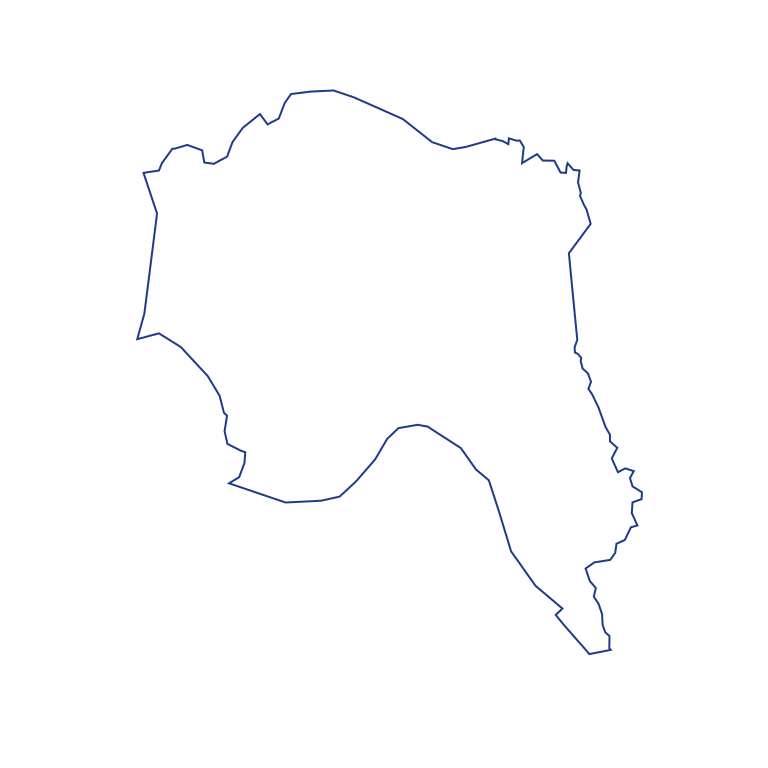 outline of Twan River, Nimba, Liberia, rotated 350°
{"feature_id": "62588387B61657259363442", "entity_name": "Twan River", "entity_type": "district", "adm_level": 2, "iso_a3": "LBR", "parent_name": "Liberia", "parent_adm1": "Nimba", "projection": "equal_earth", "projection_center": [-8.402, 7.088], "detail": "fine", "context": "isolated", "style": "outline", "palette": "blue", "viewbox_px": 768, "rotation_deg": 350, "n_neighbors": 0, "source": "geoboundaries", "source_scale": "gbopen_adm2", "svg_char_len": 2424}
<svg xmlns="http://www.w3.org/2000/svg" viewBox="0 0 768 768"><g transform="rotate(350 384 384)"><path d="M560.2,682.3L562.3,671.4L558.7,666.8L558.1,662.8L557.5,659.3L558.8,648.5L557.2,638.0L553.7,629.8L557.2,621.7L552.5,613.8L550.5,600.7L560.2,596.2L569.7,596.4L576.3,596.5L582.4,590.4L585.2,581.7L594.1,579.4L602.3,568.0L609.0,567.3L606.3,556.7L605.6,554.3L608.2,543.7L617.7,542.1L619.2,535.4L611.0,528.0L609.9,519.3L614.8,513.2L607.0,509.0L599.1,511.5L595.4,496.9L600.0,490.8L602.7,487.3L602.0,486.5L596.6,479.8L597.7,473.1L594.7,464.8L593.0,454.9L591.1,444.1L590.7,442.7L587.1,430.1L584.4,424.2L585.3,422.8L588.3,417.8L586.6,408.8L582.3,403.3L581.7,395.4L582.8,392.5L582.4,391.9L580.1,387.9L577.5,386.2L578.1,381.0L582.0,374.1L587.1,308.4L588.8,287.3L615.3,262.2L615.1,260.2L613.8,247.5L611.9,241.9L609.7,232.8L611.0,230.0L610.1,219.1L613.7,207.7L607.8,206.1L603.1,198.5L601.6,201.6L599.9,207.7L594.6,206.4L593.1,201.8L590.5,193.7L579.2,191.5L574.7,184.2L559.2,190.1L558.3,190.5L560.2,183.8L562.8,175.0L560.0,167.7L556.8,167.4L549.6,163.8L548.1,169.4L543.0,165.3L536.5,162.5L536.4,161.7L506.1,164.7L492.6,164.7L474.7,154.9L473.4,154.2L456.9,135.7L448.6,126.4L423.1,109.2L416.2,104.6L404.6,96.8L400.7,94.6L388.1,87.7L385.4,86.2L362.7,83.3L342.8,82.3L335.0,90.0L326.5,104.3L322.9,105.4L314.4,108.1L312.2,103.7L308.7,96.6L304.9,98.7L303.6,99.4L300.2,101.3L289.6,107.1L286.2,110.3L281.1,115.3L278.1,118.2L276.8,119.5L269.0,132.8L267.1,133.5L261.2,135.4L254.7,137.6L245.5,134.7L245.5,122.3L231.8,114.4L218.8,115.9L216.4,115.6L203.6,128.0L199.4,134.7L183.8,134.3L187.7,160.5L188.4,165.3L190.1,176.7L167.9,248.4L160.2,273.1L148.8,297.0L151.2,296.8L171.1,295.0L188.0,310.2L190.4,312.4L192.9,316.3L208.5,340.5L211.7,345.4L214.6,352.8L216.6,358.0L220.1,367.2L221.4,384.5L223.9,388.0L218.8,402.8L219.4,415.8L231.0,424.5L235.5,427.1L232.9,437.5L225.2,450.6L217.7,453.5L214.2,454.9L236.9,467.4L266.5,483.6L271.2,484.2L294.2,487.1L302.0,488.0L320.7,487.2L339.5,475.1L351.6,465.3L362.1,456.8L374.2,442.6L377.6,438.6L390.5,430.0L409.9,430.0L419.6,433.5L426.4,439.9L448.6,460.5L451.3,466.3L459.6,483.9L460.4,485.0L470.5,497.0L472.9,513.8L475.0,529.1L476.8,543.6L477.7,551.2L478.2,554.9L480.1,570.9L483.4,577.8L483.9,578.8L492.6,597.3L496.7,606.0L498.2,609.1L520.7,636.1L513.0,641.3L519.4,652.6L532.2,673.8L533.7,676.1L539.4,685.7L546.5,685.5L561.1,685.2L560.0,683.3L560.2,682.3Z" fill="none" stroke="#1e3a8a" stroke-width="2"/></g></svg>